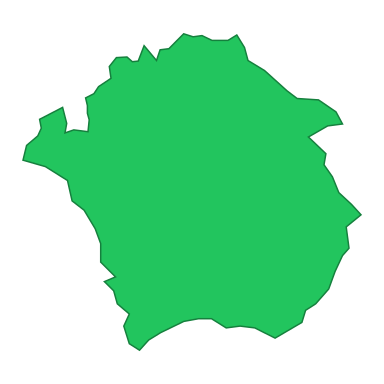 Elia Lefkosias, Cyprus
{"feature_id": "46923920B42441045079611", "entity_name": "Elia Lefkosias", "entity_type": "district", "adm_level": 2, "iso_a3": "CYP", "parent_name": "Cyprus", "parent_adm1": "", "projection": "mercator", "projection_center": [32.918, 35.141], "detail": "fine", "context": "isolated", "style": "filled", "palette": "green", "viewbox_px": 384, "rotation_deg": 0, "n_neighbors": 0, "source": "geoboundaries", "source_scale": "gbopen_adm2", "svg_char_len": 1080}
<svg xmlns="http://www.w3.org/2000/svg" viewBox="0 0 384 384"><path d="M23.0,160.2L45.4,166.6L67.5,180.5L72.1,200.9L84.1,210.2L95.2,228.7L100.7,243.6L100.7,262.1L115.5,276.9L104.4,281.6L113.7,290.8L117.3,303.8L129.3,314.0L123.8,326.1L129.3,343.7L139.5,350.2L148.7,340.0L160.7,332.6L183.8,321.4L198.6,318.7L211.5,318.7L226.2,327.9L240.1,326.1L254.8,327.9L264.1,332.6L275.1,338.1L301.9,322.4L305.6,310.3L315.7,303.8L328.7,289.0L335.1,271.4L342.5,255.6L349.0,248.2L346.2,226.9L361.0,214.8L351.7,204.6L338.8,192.6L332.4,176.8L324.0,164.8L325.9,153.7L308.4,137.0L327.7,125.9L342.5,124.0L336.0,111.9L318.5,99.9L297.1,98.5L287.0,90.8L264.6,70.6L248.0,60.5L244.5,47.5L236.8,35.0L228.0,40.4L212.0,40.4L202.0,35.6L193.1,36.8L183.7,33.8L176.6,40.9L168.9,48.7L160.1,49.8L156.5,60.5L144.1,45.7L138.2,61.1L132.3,61.7L127.0,57.0L116.4,57.6L109.3,66.5L111.0,78.3L98.6,86.6L93.9,93.7L85.6,97.9L87.4,105.6L87.4,113.3L89.2,119.8L88.0,131.7L73.8,129.9L65.0,132.9L66.7,123.4L62.6,107.4L39.6,119.3L41.3,128.2L37.8,135.9L26.6,145.4L23.0,160.2Z" fill="#22c55e" stroke="#15803d" stroke-width="1.5"/></svg>